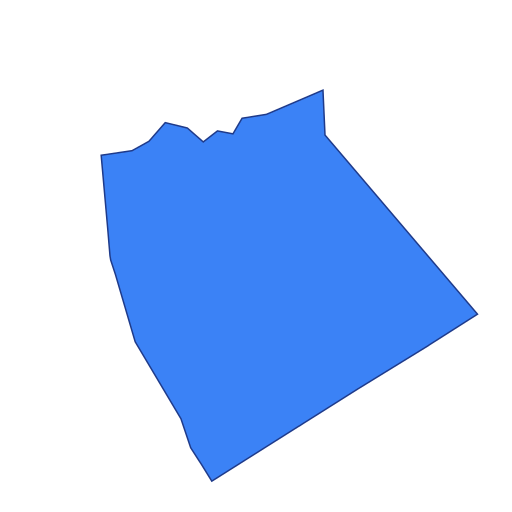 outline of Warren, North Carolina, United States of America, rotated 148°
{"feature_id": "52423323B14296787713089", "entity_name": "Warren", "entity_type": "district", "adm_level": 2, "iso_a3": "USA", "parent_name": "United States of America", "parent_adm1": "North Carolina", "projection": "equal_earth", "projection_center": [-78.081, 36.374], "detail": "fine", "context": "isolated", "style": "filled", "palette": "blue", "viewbox_px": 512, "rotation_deg": 148, "n_neighbors": 0, "source": "geoboundaries", "source_scale": "gbopen_adm2", "svg_char_len": 532}
<svg xmlns="http://www.w3.org/2000/svg" viewBox="0 0 512 512"><g transform="rotate(148 256 256)"><path d="M304.5,89.0L240.3,89.3L240.0,89.3L157.1,88.7L156.2,88.8L99.0,89.3L133.4,322.0L111.3,361.2L172.1,370.6L194.8,380.2L210.8,371.8L222.4,382.5L240.3,380.7L246.4,400.9L262.3,417.2L286.0,410.0L305.3,411.0L333.9,423.5L367.3,357.7L379.7,333.6L381.4,329.5L385.0,314.8L403.9,247.3L405.9,157.7L413.0,128.0L412.8,113.0L412.7,109.1L412.8,88.5L309.9,89.0L309.5,88.9L304.5,89.0Z" fill="#3b82f6" stroke="#1e3a8a" stroke-width="1.5"/></g></svg>